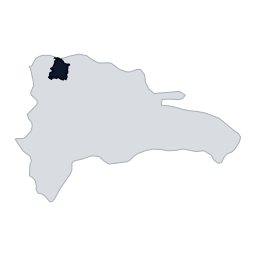 location of Guayubín, Monte Cristi, Dominican Republic
{"feature_id": "3306468B33320306044259", "entity_name": "Guayubín", "entity_type": "district", "adm_level": 2, "iso_a3": "DOM", "parent_name": "Dominican Republic", "parent_adm1": "Monte Cristi", "projection": "albers", "projection_center": [-71.302, 19.687], "detail": "fine", "context": "in_parent", "style": "filled", "palette": "ink", "viewbox_px": 256, "rotation_deg": 0, "n_neighbors": 0, "source": "geoboundaries", "source_scale": "gbopen_adm2", "svg_char_len": 4382}
<svg xmlns="http://www.w3.org/2000/svg" viewBox="0 0 256 256"><path d="M29.5,175.7L29.9,165.0L31.5,160.7L30.0,156.1L23.2,151.2L19.0,145.0L15.4,139.4L16.2,138.6L23.6,138.4L26.2,136.4L31.2,130.7L32.2,126.1L31.8,122.7L28.6,118.6L27.3,114.2L31.3,110.4L36.6,104.9L37.3,102.8L37.2,100.7L31.1,94.8L30.7,92.3L33.5,86.0L33.3,81.8L30.5,68.7L29.2,66.7L31.9,65.7L33.7,61.8L36.0,58.3L39.2,56.4L42.7,55.3L49.8,55.4L59.6,58.4L62.4,58.3L71.8,55.6L79.6,54.1L86.9,55.8L89.9,58.1L96.0,61.8L99.0,63.0L108.6,62.8L111.2,63.2L119.3,69.3L126.1,71.8L130.0,71.9L137.1,69.4L140.6,69.5L144.6,74.8L145.5,82.3L148.9,89.2L154.1,93.5L179.4,91.4L185.2,95.0L183.2,98.0L179.7,99.6L167.6,99.1L162.3,99.5L161.3,102.5L161.3,105.2L168.4,105.8L175.3,107.2L182.4,109.3L189.6,110.7L197.7,111.6L205.7,113.1L219.1,118.3L234.0,130.5L238.0,133.2L240.6,137.0L239.5,141.8L234.4,149.7L231.4,152.3L227.1,153.9L224.2,157.1L221.4,162.6L219.6,163.1L217.5,162.9L213.9,159.9L211.3,155.2L204.2,150.8L195.7,151.5L183.2,149.0L175.7,150.4L168.2,150.8L160.4,149.5L152.7,149.1L144.9,150.8L137.4,153.8L134.7,155.6L129.9,160.1L127.3,161.7L109.0,164.1L103.8,160.8L98.9,156.4L91.8,155.8L81.6,159.3L75.2,160.6L72.6,162.1L71.9,163.7L71.9,170.0L70.4,173.8L60.5,188.1L54.9,198.2L52.5,201.3L49.9,201.9L45.0,196.1L41.8,194.0L37.9,193.0L36.3,189.9L36.4,185.5L35.4,181.3L33.0,177.9L29.5,175.7Z" fill="#d9dde1" stroke="#a8b0b8" stroke-width="1"/><path d="M51.4,79.2L51.5,79.2L51.7,78.9L51.8,78.8L52.0,78.6L52.1,78.1L52.1,77.8L52.1,77.7L52.4,77.4L52.7,77.4L53.0,77.4L53.2,77.6L53.3,77.7L53.7,77.8L53.8,77.9L54.0,77.9L54.5,77.8L54.8,77.8L55.1,77.8L55.4,77.9L55.9,78.0L56.0,78.0L56.2,78.3L56.5,78.4L56.8,78.3L57.0,78.1L57.1,77.9L57.2,77.7L57.1,77.3L57.1,77.0L57.2,76.9L57.3,76.9L57.6,77.0L57.9,77.1L58.0,77.1L58.3,77.4L58.4,77.5L58.5,77.6L58.9,77.7L59.3,77.8L59.5,78.1L59.8,78.3L60.4,78.6L60.8,79.0L61.0,79.1L61.3,79.2L61.7,79.4L61.9,79.4L62.1,79.3L62.6,79.5L63.1,79.8L63.3,79.7L63.7,78.9L63.8,78.8L64.0,78.6L64.2,78.4L64.3,78.4L64.6,78.4L64.7,78.5L64.8,78.8L65.0,79.0L65.3,79.2L65.5,79.3L65.9,79.4L66.0,79.1L66.1,78.8L66.2,78.6L66.3,78.2L66.7,77.8L66.7,77.6L66.8,77.2L66.9,76.9L66.9,76.7L66.8,76.3L66.7,75.8L66.5,75.5L66.4,75.4L66.4,74.9L66.4,74.7L66.2,74.3L65.9,74.1L65.9,73.9L66.0,73.7L66.2,73.2L66.3,73.1L66.5,73.1L66.8,73.3L67.0,73.4L67.2,73.2L67.5,73.0L67.5,72.5L67.6,72.2L67.5,71.9L67.5,71.6L67.7,71.2L67.6,70.9L67.3,70.5L67.2,70.3L67.1,70.1L67.1,69.7L67.2,69.4L67.3,69.3L67.5,69.2L67.6,68.9L67.6,68.6L67.5,68.4L67.3,68.2L67.4,67.9L67.6,67.7L67.7,67.0L67.8,66.6L67.9,66.2L68.3,65.4L68.4,65.2L68.6,65.1L68.9,65.0L69.3,65.0L69.4,64.7L69.3,64.4L69.2,64.3L67.2,64.3L66.7,64.2L65.8,64.1L65.6,64.0L65.3,63.8L65.0,63.6L64.6,63.5L64.2,63.3L63.9,63.1L63.7,62.9L63.5,62.7L63.3,62.2L63.2,62.1L62.9,62.1L62.8,61.9L63.0,61.6L63.1,61.4L62.9,61.3L62.6,61.3L62.4,61.3L62.3,61.2L62.2,61.1L61.7,60.1L61.6,59.6L61.4,59.6L61.1,59.5L60.9,59.5L60.9,59.4L60.7,59.4L60.4,59.4L60.2,59.3L60.1,59.2L59.9,59.2L59.7,59.3L59.7,59.2L59.4,58.9L59.2,58.9L59.0,58.7L58.9,58.5L58.7,58.5L58.5,58.4L58.4,58.3L58.2,58.3L57.9,58.3L57.7,58.2L57.7,58.3L57.7,58.5L57.6,58.4L57.4,58.3L57.5,58.3L57.4,58.4L57.2,58.4L56.9,58.4L56.7,58.4L56.3,58.3L56.1,58.3L55.9,58.2L55.7,58.2L55.7,58.3L55.6,58.2L55.4,58.2L55.1,58.1L54.9,58.0L54.8,57.9L54.7,57.9L54.6,58.0L55.0,58.2L55.3,58.2L55.6,58.3L56.0,58.4L56.2,58.5L56.4,58.6L56.4,58.8L56.3,59.1L56.2,59.4L56.1,59.7L56.0,60.0L55.8,60.4L55.6,60.6L55.3,60.8L55.1,61.0L54.8,61.3L54.7,61.4L54.7,61.5L54.8,61.8L55.1,62.2L55.1,62.4L55.1,62.5L55.1,62.8L54.6,63.3L54.5,63.7L54.4,64.2L54.1,64.8L54.2,65.1L54.0,65.4L53.9,65.6L53.7,65.7L53.5,65.9L53.4,66.2L53.3,66.6L53.1,67.0L52.8,67.2L52.6,67.4L52.3,67.6L52.2,67.8L51.6,68.2L51.5,68.4L51.3,68.5L51.2,68.6L50.9,68.6L51.0,68.9L51.2,69.1L51.3,69.2L51.4,69.3L51.5,69.4L51.5,69.6L51.8,69.6L52.0,69.7L52.1,69.8L52.4,69.9L52.6,69.9L52.4,69.5L52.5,69.4L52.8,69.3L53.0,69.3L53.1,69.5L53.3,69.9L53.3,70.0L53.2,70.0L53.0,69.9L52.8,69.9L52.8,70.1L52.9,70.5L53.0,70.6L53.0,71.0L52.9,71.3L52.8,71.5L52.5,71.6L52.3,71.8L51.5,72.2L51.2,72.3L50.8,72.5L50.3,72.9L50.1,73.0L49.9,73.1L49.9,73.3L49.9,74.0L49.6,74.8L49.6,75.0L50.0,75.2L50.2,75.3L50.3,75.5L50.5,75.6L50.6,75.9L50.5,76.1L50.4,76.2L50.0,76.5L49.9,76.6L49.3,76.7L49.0,76.8L49.0,77.0L48.9,77.4L49.1,77.4L49.3,77.4L49.5,77.4L49.6,77.5L49.7,78.1L49.8,78.3L50.5,78.3L50.8,78.4L50.8,78.6L50.9,78.8L51.2,79.0L51.4,79.2Z" fill="#0f172a" stroke="#020617" stroke-width="1.5"/></svg>